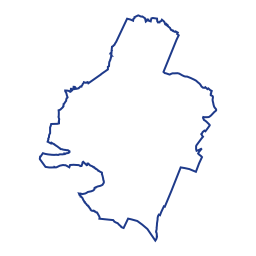 Xochitlán Todos Santos, Puebla, Mexico
{"feature_id": "50627088B34360163600394", "entity_name": "Xochitlán Todos Santos", "entity_type": "district", "adm_level": 2, "iso_a3": "MEX", "parent_name": "Mexico", "parent_adm1": "Puebla", "projection": "albers", "projection_center": [-97.79, 18.694], "detail": "fine", "context": "isolated", "style": "outline", "palette": "blue", "viewbox_px": 256, "rotation_deg": 0, "n_neighbors": 0, "source": "geoboundaries", "source_scale": "gbopen_adm2", "svg_char_len": 5616}
<svg xmlns="http://www.w3.org/2000/svg" viewBox="0 0 256 256"><path d="M155.3,240.6L156.2,239.3L156.5,238.5L156.6,238.0L157.0,236.8L157.0,236.5L156.7,236.1L156.9,235.4L156.8,234.8L156.7,233.6L156.3,232.1L156.1,232.0L156.1,231.2L156.5,229.9L156.6,229.2L156.7,227.7L156.6,227.4L156.8,226.6L156.8,225.9L156.9,225.5L157.0,223.3L157.6,219.5L157.6,218.1L157.8,217.0L158.2,215.7L158.9,214.6L160.0,215.2L161.1,212.3L163.9,206.3L164.8,206.7L171.4,190.9L180.7,167.4L184.8,168.1L189.4,169.1L195.9,171.8L199.1,163.3L202.0,157.1L201.2,156.2L198.8,154.3L198.1,153.5L199.0,151.9L201.8,148.5L199.0,149.9L196.6,150.8L196.3,149.9L196.1,149.1L196.1,147.5L196.1,146.2L196.4,145.4L201.5,138.5L203.0,136.7L202.3,135.9L201.7,134.6L201.3,134.3L201.3,134.0L201.9,133.5L202.7,132.0L204.4,130.6L205.4,131.3L207.6,128.4L209.7,125.4L209.6,124.8L206.8,122.0L205.4,120.8L204.0,120.0L203.0,117.8L203.3,117.0L204.3,117.2L206.8,117.2L208.4,117.1L209.3,116.8L211.0,115.5L214.4,111.9L215.5,111.1L216.1,110.4L216.2,110.0L216.1,109.5L215.9,109.0L214.6,107.5L214.4,107.1L214.0,106.3L213.5,104.5L213.2,102.9L212.7,100.9L212.6,99.7L212.6,99.2L212.8,98.4L212.9,97.7L212.9,96.8L212.7,96.3L212.5,96.0L211.8,95.7L211.3,95.3L210.9,95.3L210.7,95.1L210.8,93.8L211.1,93.5L211.0,93.1L212.0,90.2L211.2,91.0L208.3,88.4L207.4,89.1L205.3,87.2L204.7,87.8L203.0,87.7L201.5,86.5L200.5,84.8L199.5,83.6L198.1,82.5L196.1,80.7L194.5,79.8L190.7,78.0L187.2,76.6L185.2,76.5L184.1,76.2L182.0,75.2L181.7,75.0L179.2,73.6L177.5,73.2L175.3,73.3L172.6,73.3L171.0,73.9L169.8,74.5L169.4,74.5L166.2,73.4L164.8,73.1L163.5,71.9L176.6,39.6L178.7,35.3L177.1,33.9L177.8,32.6L175.6,31.4L175.1,31.9L172.8,30.9L172.9,30.5L170.9,29.8L170.0,27.9L167.6,26.0L167.8,25.3L166.9,24.5L166.9,25.3L165.2,24.3L164.6,22.5L164.1,21.6L161.9,19.7L161.1,21.1L159.7,21.7L159.5,22.4L157.9,22.4L157.5,21.4L157.3,21.3L157.1,19.6L157.0,18.6L152.8,18.0L151.4,18.4L150.9,20.4L150.7,21.4L148.9,20.8L148.6,20.6L148.4,19.6L147.3,19.4L146.7,20.9L145.8,21.6L145.0,18.3L142.4,16.5L141.3,16.6L140.6,16.4L138.4,15.4L137.9,15.5L134.5,17.2L134.6,17.6L134.4,18.2L133.4,18.9L133.1,20.7L130.3,19.5L127.1,18.7L116.2,41.8L115.2,43.3L114.4,44.9L113.7,45.3L113.5,45.7L113.1,46.1L112.0,46.7L111.6,50.6L111.8,50.7L111.6,51.1L111.5,52.6L111.4,52.6L111.2,53.0L110.6,53.1L110.5,53.3L111.4,53.2L111.2,55.1L111.4,55.1L111.4,55.5L111.6,55.7L111.4,55.7L111.3,56.0L111.2,55.9L111.1,56.5L111.2,57.0L110.7,58.0L110.7,58.8L110.2,59.6L110.2,60.2L109.3,62.0L109.1,63.9L109.1,65.0L108.9,66.3L107.9,66.8L107.9,69.4L101.2,74.1L101.0,74.4L88.3,83.3L87.8,82.5L87.8,82.2L87.6,82.1L87.1,82.2L86.7,82.6L86.0,82.8L85.5,82.7L83.9,82.2L83.7,82.9L82.8,83.9L82.3,85.1L81.9,85.7L81.5,86.0L81.4,86.6L80.6,86.5L80.3,86.6L79.3,87.7L78.8,87.9L78.6,88.3L76.6,88.8L75.6,88.9L75.7,88.5L75.6,88.0L75.3,88.0L75.3,87.8L75.2,87.3L74.8,86.9L73.6,86.8L73.5,87.4L74.0,88.1L73.8,88.8L73.3,88.5L72.5,89.9L71.3,88.8L70.9,88.8L70.8,89.3L71.8,90.3L70.6,91.7L70.4,91.8L69.7,91.6L69.5,91.1L67.3,90.6L65.2,90.5L65.2,91.1L66.4,93.3L66.9,95.5L67.6,97.3L67.3,97.8L66.6,98.3L66.3,99.3L66.1,100.9L65.5,101.6L63.8,104.2L63.6,104.2L63.5,105.4L63.2,106.2L63.4,106.4L63.1,106.9L62.5,107.6L61.6,108.4L60.4,109.6L58.6,110.3L58.8,111.9L58.8,114.3L58.7,116.6L58.5,116.9L59.2,119.1L58.8,121.5L59.0,121.5L59.0,123.4L57.6,123.8L51.2,124.0L50.5,126.6L50.1,127.3L50.1,133.2L49.3,134.6L49.0,136.0L49.0,137.2L48.2,138.7L48.2,139.1L48.4,139.4L47.6,141.7L49.0,142.4L51.0,143.5L51.4,142.7L53.6,144.0L54.3,144.2L54.4,144.3L54.4,144.5L54.9,144.9L55.7,145.3L56.2,145.8L57.3,146.4L58.8,147.6L60.2,148.5L60.5,149.1L62.0,149.2L63.0,149.6L63.8,149.7L64.6,149.9L65.2,149.9L66.8,150.2L67.9,150.2L68.9,150.9L68.9,151.0L69.5,151.3L69.5,152.1L68.7,152.8L67.9,153.1L67.2,153.1L65.9,153.5L65.3,153.6L64.5,153.5L64.6,154.1L62.7,154.3L62.2,154.4L60.8,154.3L59.3,154.4L58.8,154.7L58.6,154.9L57.0,154.9L56.5,154.7L54.4,154.9L52.0,154.8L48.1,154.4L45.2,153.9L42.9,153.2L40.5,156.7L40.1,156.7L39.8,158.9L39.9,159.2L45.5,166.9L49.4,167.5L54.1,167.4L54.3,166.9L55.3,167.4L56.5,167.3L59.8,165.7L63.1,165.0L64.2,165.2L65.4,165.2L66.3,165.6L69.3,167.3L70.1,165.0L73.6,164.8L76.7,165.0L78.6,165.1L80.1,165.7L80.3,166.1L81.5,166.0L82.0,164.7L82.4,163.6L82.4,162.9L82.7,162.2L83.2,161.8L86.7,165.2L87.2,165.0L87.5,163.5L88.2,163.5L90.1,165.4L92.3,166.3L92.9,166.9L93.4,166.9L93.6,166.9L94.3,167.4L94.3,167.8L95.0,168.1L95.8,168.7L95.8,168.8L96.1,168.8L96.6,169.3L97.3,169.6L98.3,170.8L98.6,170.7L99.7,171.5L101.9,172.6L102.0,173.1L101.9,174.3L102.2,174.8L102.6,176.2L103.2,178.8L103.2,179.3L103.4,180.2L103.6,180.4L103.9,182.1L103.7,182.9L102.5,184.8L101.6,185.3L100.1,185.9L97.9,186.4L95.9,187.2L95.8,187.5L95.3,187.5L95.0,187.9L94.6,187.9L94.4,188.1L94.4,189.1L94.3,189.5L93.4,190.3L93.0,190.6L91.2,191.3L88.2,191.9L87.6,192.1L86.5,192.9L85.2,193.5L82.3,194.1L81.5,193.8L80.8,193.9L80.7,193.8L80.6,193.7L80.2,194.0L79.9,193.8L79.6,193.6L79.0,193.5L79.4,194.3L79.3,194.7L79.9,195.4L80.2,195.5L80.4,195.7L80.7,196.0L80.6,196.6L81.4,196.9L82.5,198.1L83.3,200.0L83.8,200.7L84.4,201.8L84.9,202.1L84.8,202.5L85.0,202.7L86.3,204.0L86.6,204.5L87.1,205.2L87.9,205.5L88.1,205.9L88.1,206.1L88.2,206.3L88.7,206.4L88.8,206.5L88.9,207.0L89.7,208.2L90.2,208.5L90.5,209.6L91.3,210.4L91.6,210.6L93.0,210.9L93.3,210.9L93.6,210.7L93.8,210.9L94.0,210.8L94.3,211.0L94.8,211.6L95.0,211.7L95.4,211.6L96.1,212.3L96.7,212.6L96.9,212.5L97.1,212.5L99.3,216.5L99.6,217.5L99.4,218.7L113.2,220.1L114.0,221.1L114.3,221.6L116.3,222.7L117.5,223.1L118.1,223.6L118.6,224.3L120.5,226.0L120.8,226.4L121.2,226.6L121.4,227.1L122.5,227.6L123.6,228.0L128.1,218.6L131.5,219.4L137.3,221.0L142.2,224.6L147.4,229.0L155.3,240.6Z" fill="none" stroke="#1e3a8a" stroke-width="2"/></svg>